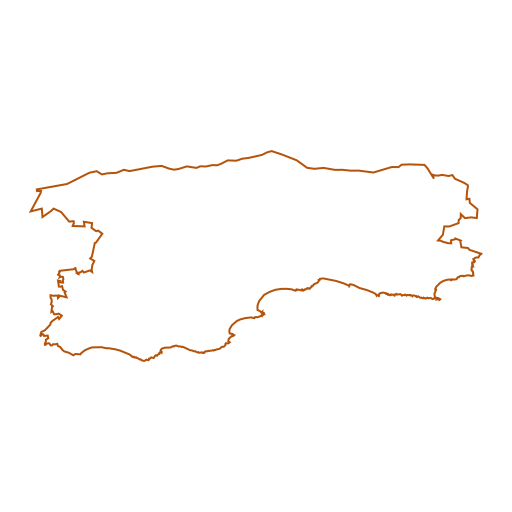 Eden, Western Cape, South Africa
{"feature_id": "47623444B71894478343084", "entity_name": "Eden", "entity_type": "district", "adm_level": 2, "iso_a3": "ZAF", "parent_name": "South Africa", "parent_adm1": "Western Cape", "projection": "equal_earth", "projection_center": [22.286, -33.877], "detail": "fine", "context": "isolated", "style": "outline", "palette": "amber", "viewbox_px": 512, "rotation_deg": 0, "n_neighbors": 0, "source": "geoboundaries", "source_scale": "gbopen_adm2", "svg_char_len": 5997}
<svg xmlns="http://www.w3.org/2000/svg" viewBox="0 0 512 512"><path d="M350.7,170.7L342.3,169.8L335.2,169.9L323.6,167.9L314.3,168.8L307.1,167.8L296.7,160.3L282.2,154.6L271.7,151.1L267.2,152.3L262.0,154.9L248.7,157.9L242.3,158.7L236.3,160.7L227.7,160.4L221.3,163.7L217.2,165.3L212.3,165.1L205.9,166.5L200.3,166.3L196.4,167.9L186.8,166.4L178.5,169.0L174.1,169.7L169.4,168.7L161.6,165.9L152.4,166.7L129.6,171.1L123.9,169.8L116.6,172.8L107.5,173.3L101.9,174.4L96.7,171.2L89.5,172.7L67.0,184.0L36.8,189.4L37.1,191.1L41.0,191.0L40.6,193.0L30.7,211.4L41.8,208.6L42.5,217.0L50.8,211.2L53.6,208.6L61.1,212.0L69.2,221.6L73.6,221.2L73.9,222.9L72.7,226.0L84.6,226.4L83.9,221.8L92.1,223.1L91.5,227.8L96.0,231.1L98.1,230.6L102.3,233.7L96.0,242.6L94.8,243.0L91.9,256.6L90.2,258.5L94.3,260.9L92.3,265.2L91.7,269.4L92.1,272.0L90.0,270.4L83.9,272.5L82.4,270.8L80.5,272.3L78.8,272.6L78.7,274.2L77.7,273.9L77.1,272.7L76.6,272.8L76.7,272.0L75.6,269.3L75.5,268.1L75.2,268.0L73.8,269.2L59.8,270.8L59.8,271.6L59.1,271.9L59.2,273.1L58.1,274.7L59.9,275.5L60.0,276.4L59.6,277.4L61.5,276.7L62.9,277.0L63.4,279.0L62.8,280.4L63.1,282.6L60.7,282.5L60.3,282.3L60.4,281.1L58.0,280.5L58.9,286.6L60.3,286.7L62.1,286.1L63.0,289.9L65.6,291.6L64.6,292.5L66.6,297.3L59.4,295.6L59.6,296.2L58.0,298.0L57.7,295.8L57.2,295.5L53.4,295.8L50.6,295.2L50.5,297.4L51.6,299.6L51.8,301.5L50.9,304.4L52.9,306.2L52.0,307.0L51.4,311.9L52.6,311.2L54.2,314.3L57.2,314.1L58.7,313.6L61.8,315.7L59.1,319.0L58.1,317.0L52.5,320.9L50.6,322.9L50.4,324.5L45.1,330.1L41.3,332.0L40.3,335.6L40.7,335.9L42.2,334.2L42.8,334.1L43.6,334.8L44.0,335.9L47.7,335.6L48.3,338.2L45.9,339.7L45.8,341.6L44.8,343.9L44.9,344.8L45.6,344.8L46.4,343.8L48.4,343.2L49.4,343.5L50.3,345.0L51.1,345.5L51.9,345.4L53.1,344.2L54.9,344.4L57.3,343.8L57.9,346.0L60.2,347.0L62.3,349.8L64.2,351.4L68.7,352.7L73.4,355.3L74.9,354.2L76.2,354.0L80.4,354.4L81.0,353.3L85.0,350.2L90.0,348.0L92.0,347.4L101.6,347.2L107.1,348.4L108.0,348.1L115.7,349.4L120.1,350.6L129.7,354.5L132.3,356.8L132.6,356.6L133.5,357.1L134.0,356.8L134.6,357.5L136.0,357.3L136.2,357.8L137.5,358.1L139.8,359.5L140.5,359.3L142.2,360.6L144.5,360.9L146.4,359.6L148.1,360.3L148.7,360.0L149.0,358.7L149.7,358.8L151.1,357.4L153.7,358.0L155.1,355.8L155.8,355.3L157.0,355.7L157.5,354.7L159.4,354.0L159.6,353.5L159.3,353.0L160.0,352.2L160.9,352.0L161.6,352.7L161.8,352.0L160.8,350.9L160.7,349.9L162.0,348.6L164.8,347.7L170.5,347.5L173.0,346.2L173.9,346.5L174.7,345.8L176.5,345.6L178.7,346.5L180.5,346.4L181.9,347.1L182.9,346.8L190.3,350.3L191.6,350.3L194.2,351.4L195.0,351.2L197.4,352.4L198.5,352.2L199.1,352.8L201.7,352.4L202.4,352.9L202.8,352.5L203.8,353.0L204.5,352.7L204.8,351.7L205.5,351.3L207.4,351.3L208.2,350.8L209.0,351.0L212.9,350.3L213.4,350.6L214.5,349.9L215.4,350.1L216.3,349.5L219.6,348.8L221.9,346.8L223.7,346.8L225.5,345.0L225.4,344.1L225.9,343.2L228.2,343.4L229.7,342.3L228.3,341.2L228.8,338.7L232.0,335.9L232.8,336.1L233.3,335.3L233.7,335.6L234.2,335.2L233.0,334.6L232.7,334.0L229.8,333.5L229.3,331.6L229.6,329.1L231.9,325.3L236.7,321.1L240.0,319.5L245.3,318.1L251.1,317.4L254.3,318.2L255.1,317.1L257.5,317.2L260.7,316.1L261.4,315.4L262.0,315.9L262.3,315.2L263.0,315.0L263.2,314.1L264.3,314.2L263.9,313.0L262.8,312.6L262.4,311.8L262.5,313.0L262.0,312.6L262.1,312.0L261.4,312.7L260.9,311.7L257.5,309.9L257.5,305.6L259.1,301.1L264.1,294.9L269.8,291.8L275.3,289.8L281.2,288.9L286.2,288.8L291.5,289.3L295.2,290.7L295.8,290.6L296.0,289.8L296.7,289.4L297.2,290.0L298.3,289.6L301.3,290.4L301.8,289.7L302.5,290.3L302.6,289.6L303.7,290.2L304.9,289.4L305.1,289.7L307.3,288.2L307.8,288.6L308.2,288.2L309.7,288.8L310.4,287.6L311.4,287.2L311.7,286.0L313.1,285.7L313.7,284.4L317.6,282.6L318.8,281.0L318.7,279.9L319.8,279.8L320.0,278.8L323.2,278.4L335.9,280.9L343.5,283.3L349.0,285.7L349.2,286.2L349.4,285.9L349.2,285.1L350.2,284.2L353.6,285.0L359.5,288.0L366.7,290.0L372.6,292.3L375.7,294.0L376.6,295.6L376.9,295.1L378.0,295.3L379.4,296.7L378.7,295.2L379.2,293.9L380.7,293.0L383.4,292.6L386.7,293.4L387.1,293.7L386.9,294.0L388.0,294.0L388.2,294.9L389.1,294.7L390.0,295.2L390.2,294.7L391.2,294.5L391.3,294.9L393.1,294.6L394.3,295.4L394.3,294.7L395.6,294.3L396.0,294.6L396.4,293.9L397.6,294.5L400.5,294.2L401.9,295.5L402.1,295.1L404.4,295.1L405.2,294.6L406.5,295.5L406.7,295.1L410.2,295.0L410.4,295.5L411.6,295.3L412.4,296.2L412.7,295.7L413.8,295.4L415.3,295.9L416.4,296.8L416.7,296.3L417.3,296.9L418.4,296.4L420.2,297.8L421.4,297.6L422.4,298.2L423.3,297.8L423.4,298.2L425.1,298.1L425.3,298.5L426.4,298.4L427.4,297.7L428.4,298.3L430.7,297.9L432.5,299.1L433.5,298.9L434.3,298.1L436.0,298.2L436.7,298.9L436.5,299.5L437.1,299.4L437.1,298.8L439.4,300.0L440.2,299.2L438.0,298.0L435.0,297.5L434.4,293.9L435.8,290.5L435.4,290.4L435.4,289.5L435.8,289.2L435.3,288.8L436.3,286.7L440.2,282.8L442.9,281.2L445.8,280.1L448.4,279.6L450.3,279.6L450.6,279.9L450.9,279.6L451.6,280.1L452.1,279.3L454.2,279.6L456.5,279.2L457.7,277.3L459.1,277.2L459.4,276.5L460.5,276.0L463.1,275.8L463.6,276.3L466.5,275.5L469.0,275.3L471.6,276.0L473.4,275.5L473.0,274.7L473.3,274.2L472.9,272.4L473.1,272.2L472.4,270.8L472.0,270.8L471.5,270.2L471.6,268.0L472.1,267.5L471.9,267.0L472.4,266.7L472.3,266.3L473.0,266.3L472.3,265.0L472.8,264.7L472.7,264.2L472.0,263.0L472.3,262.3L474.1,262.3L474.7,261.8L474.8,261.4L474.5,261.2L474.7,260.9L473.7,260.3L473.4,259.2L474.0,259.2L474.6,258.1L476.7,257.4L478.4,257.5L480.0,254.5L480.9,254.4L481.3,253.8L469.6,249.9L467.9,248.0L461.4,247.3L460.3,241.2L460.8,240.6L455.4,238.5L455.3,239.2L451.0,240.3L451.2,243.3L448.2,243.2L442.6,241.7L441.1,240.8L438.0,240.5L442.9,234.7L444.3,226.4L449.3,226.5L458.6,223.1L458.7,220.0L460.7,218.1L460.8,214.1L464.9,218.1L471.0,217.4L476.8,218.0L477.5,209.3L469.8,202.9L469.4,198.8L466.5,199.3L467.1,190.9L468.0,186.4L467.7,185.1L464.2,182.9L455.0,178.8L452.4,175.1L448.5,176.0L442.2,174.9L438.0,175.6L435.2,175.5L432.6,174.7L433.9,178.6L427.4,168.2L424.5,164.9L410.1,164.4L401.6,164.7L398.5,167.1L391.9,167.0L373.4,172.5L358.6,170.6L350.7,170.7Z" fill="none" stroke="#b45309" stroke-width="2"/></svg>